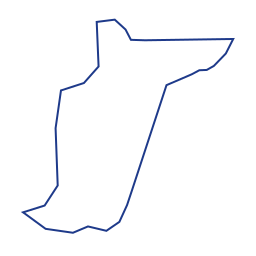 map outline of Ngora (Albers equal-area conic projection), rotated 183°
{"feature_id": "UGA-5590", "entity_name": "Ngora", "entity_type": "District", "adm_level": 1, "iso_a3": "UGA", "parent_name": "Uganda", "parent_adm1": "", "projection": "albers", "projection_center": [33.741, 1.488], "detail": "fine", "context": "isolated", "style": "outline", "palette": "blue", "viewbox_px": 256, "rotation_deg": 183, "n_neighbors": 0, "source": "natural_earth", "source_scale": "10m", "svg_char_len": 472}
<svg xmlns="http://www.w3.org/2000/svg" viewBox="0 0 256 256"><g transform="rotate(183 128 128)"><path d="M177.5,20.5L205.0,23.0L228.4,38.3L207.2,46.2L195.2,66.9L200.3,124.0L196.9,162.0L174.4,170.6L160.6,187.9L164.8,232.3L146.9,235.5L135.6,226.2L129.7,216.2L115.6,216.5L27.6,222.4L34.2,207.5L45.5,194.5L52.4,190.1L59.8,189.4L67.1,185.0L91.8,172.8L120.7,66.2L124.9,51.0L131.7,33.8L144.2,24.2L162.8,27.6L177.5,20.5Z" fill="none" stroke="#1e3a8a" stroke-width="2"/></g></svg>